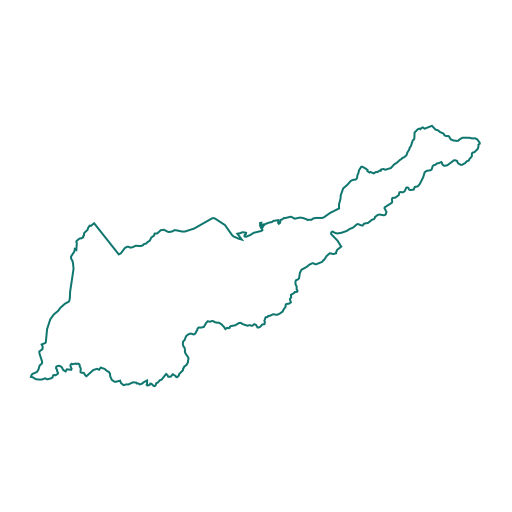 the district of Lugari, Western, Kenya, rotated 189°
{"feature_id": "3690345B14512896386362", "entity_name": "Lugari", "entity_type": "district", "adm_level": 2, "iso_a3": "KEN", "parent_name": "Kenya", "parent_adm1": "Western", "projection": "mercator", "projection_center": [34.875, 0.621], "detail": "fine", "context": "isolated", "style": "outline", "palette": "teal", "viewbox_px": 512, "rotation_deg": 189, "n_neighbors": 0, "source": "geoboundaries", "source_scale": "gbopen_adm2", "svg_char_len": 6100}
<svg xmlns="http://www.w3.org/2000/svg" viewBox="0 0 512 512"><g transform="rotate(189 256 256)"><path d="M459.4,101.4L457.5,101.3L454.3,99.9L450.0,100.1L447.9,100.6L445.1,102.2L443.0,101.5L439.7,102.9L438.0,104.1L437.7,106.3L436.8,106.9L435.6,106.7L433.5,108.4L433.2,109.5L434.5,111.3L434.7,112.5L435.9,113.8L436.0,115.3L434.8,116.3L433.3,116.8L431.7,116.4L430.4,115.7L428.5,113.2L426.0,112.2L425.1,114.5L420.7,114.7L420.5,115.8L422.0,118.1L422.2,119.3L421.8,120.0L421.2,120.7L420.3,120.4L417.1,121.6L416.2,121.3L414.9,121.9L413.7,121.5L413.0,120.6L413.0,119.6L411.5,117.6L411.2,113.9L410.4,113.4L407.8,113.6L406.0,111.5L404.7,110.7L398.9,117.9L395.4,119.7L393.2,119.1L391.9,121.5L387.9,120.8L385.0,119.0L383.2,118.5L381.8,116.9L381.1,114.2L379.1,111.2L378.3,110.7L376.0,109.7L374.9,109.8L370.7,111.6L369.5,109.4L366.6,107.7L364.0,108.9L361.9,109.2L357.7,112.0L354.7,112.2L353.7,111.4L352.7,111.8L350.6,111.0L348.6,112.1L346.9,114.0L344.1,116.0L343.6,112.9L343.9,111.7L343.1,111.1L341.3,111.8L340.7,112.4L340.5,113.4L339.4,113.5L336.7,111.6L335.8,111.6L335.1,112.2L334.6,114.7L333.2,115.6L331.4,118.4L330.0,119.0L326.3,125.4L325.1,124.7L323.7,123.0L321.3,123.5L319.7,126.2L316.5,124.8L315.9,124.0L315.0,123.9L313.5,125.8L313.4,127.4L310.3,131.7L310.4,133.6L309.6,134.5L309.6,135.6L307.7,137.3L306.5,140.6L306.8,141.7L306.6,143.9L307.0,145.1L310.3,148.6L311.3,150.3L311.2,151.2L312.2,154.3L313.5,155.3L314.5,157.5L314.6,160.1L313.3,162.0L312.6,165.6L311.4,167.3L309.4,168.8L307.6,169.2L305.4,168.7L304.4,169.3L303.7,170.2L303.1,172.4L302.5,173.3L302.4,175.2L301.4,176.4L299.0,176.7L296.4,177.8L294.9,181.8L293.5,184.0L291.2,183.9L289.2,184.9L287.7,184.9L286.6,184.2L283.8,184.0L282.4,184.4L279.3,183.1L276.5,180.9L274.8,179.0L273.2,180.6L271.7,180.4L270.8,180.9L270.7,182.1L269.9,182.8L265.7,184.3L262.4,187.1L260.6,187.6L258.9,186.7L253.6,185.8L251.5,186.7L249.3,186.4L248.4,186.8L247.1,188.4L245.3,188.0L243.3,185.6L242.0,185.9L240.8,186.7L239.1,189.3L237.0,190.0L236.9,192.2L237.6,193.4L236.9,197.0L235.3,197.4L234.5,198.8L232.9,199.1L230.1,201.1L226.0,201.2L223.8,202.6L220.9,205.4L220.7,206.7L218.8,210.7L219.1,212.1L218.6,213.3L215.9,214.1L214.3,215.7L215.8,218.7L214.8,220.7L215.4,223.1L212.5,225.5L212.0,226.5L209.9,227.0L209.5,228.0L210.7,229.6L211.0,232.0L212.5,234.2L213.0,236.6L212.8,238.2L210.7,239.6L210.0,240.7L210.0,246.2L208.9,249.6L204.3,253.1L201.9,255.8L199.3,257.6L198.3,257.8L196.1,257.1L195.2,257.3L190.3,260.2L189.4,261.0L189.1,262.1L188.1,262.8L186.2,267.1L183.5,270.3L179.9,270.0L177.3,271.2L177.5,272.2L176.7,274.9L173.3,278.6L178.0,284.0L185.2,289.4L185.4,290.5L185.1,291.5L184.1,292.1L181.3,291.1L179.2,291.0L175.2,292.3L170.2,295.0L167.9,297.2L164.6,299.2L161.3,303.1L160.3,303.5L156.7,302.7L155.4,302.8L154.4,304.8L150.4,306.3L147.3,309.8L145.3,310.9L144.7,311.8L144.6,313.1L142.3,315.5L140.5,316.3L136.2,316.2L135.2,316.6L134.4,317.4L134.0,319.9L136.6,323.3L136.5,324.2L130.2,329.8L129.9,330.7L130.6,333.2L130.5,334.3L129.9,334.9L127.7,335.3L124.6,338.4L124.3,341.3L123.3,341.8L121.1,341.8L120.1,342.5L119.3,343.3L118.3,346.9L117.5,347.4L116.5,347.3L114.9,345.4L113.8,345.3L110.6,346.3L110.0,349.0L107.1,350.1L105.6,352.5L103.2,359.9L102.5,365.0L101.0,366.7L97.0,368.0L96.1,368.9L95.5,372.5L94.8,373.4L92.9,374.3L91.8,375.7L89.8,376.4L87.7,377.8L86.9,377.1L86.2,375.5L84.9,374.8L84.1,374.5L81.3,375.5L75.4,381.5L74.5,381.7L72.4,381.4L71.1,379.4L70.1,378.8L68.0,378.1L66.9,378.2L63.8,380.6L62.9,382.3L60.8,383.6L60.2,385.5L58.8,387.4L58.4,388.5L58.8,390.9L58.4,391.9L56.5,392.7L53.8,396.4L53.4,398.7L53.7,400.8L52.6,401.9L52.8,402.9L56.0,406.0L58.1,406.5L61.1,405.9L63.4,406.2L70.6,405.1L73.3,402.9L74.1,401.6L75.4,401.1L79.2,401.0L82.0,401.7L83.8,404.0L84.8,404.6L86.9,404.2L88.8,404.7L89.4,405.7L90.3,406.4L93.7,407.2L95.6,408.5L98.4,408.9L102.6,412.1L109.4,408.1L111.4,409.1L112.9,408.0L113.5,406.9L114.8,407.3L116.1,406.4L118.7,402.7L118.0,397.0L118.3,395.7L119.2,394.8L120.2,388.9L121.3,386.5L121.2,385.4L122.8,381.6L123.1,379.1L125.3,376.5L126.8,375.8L127.4,374.6L128.6,373.7L131.6,370.0L133.8,368.2L136.5,364.0L141.8,361.4L143.5,361.9L146.0,361.0L146.2,359.6L147.4,359.6L149.1,357.9L151.0,357.6L152.5,356.0L156.2,356.9L157.1,356.2L159.3,357.4L159.3,358.4L161.6,359.6L165.1,360.8L166.0,360.6L167.7,356.7L167.8,354.0L168.5,351.7L168.4,349.1L168.9,347.8L169.7,347.0L172.3,346.3L174.2,344.9L176.7,340.9L180.5,336.3L181.8,329.2L181.5,325.8L182.1,319.8L181.4,316.0L189.6,310.1L194.9,304.9L196.4,304.0L202.6,303.0L205.3,302.1L206.9,300.4L208.9,300.2L210.7,299.6L211.9,300.2L215.6,300.9L218.7,300.8L223.6,298.9L227.3,300.2L228.2,300.1L233.1,298.0L234.4,297.8L235.8,296.3L237.3,295.5L237.5,292.4L238.5,291.4L239.3,292.2L239.6,294.9L244.2,293.4L245.8,291.9L248.0,291.2L252.2,288.8L252.7,287.9L253.5,288.3L254.0,287.5L253.6,286.6L253.9,285.6L254.8,285.7L255.6,287.6L255.9,289.7L257.1,289.3L256.8,286.9L255.5,284.6L254.1,283.5L253.7,282.5L254.8,281.5L262.0,278.5L264.7,276.0L268.9,273.4L270.4,273.6L270.6,274.7L269.4,276.2L269.4,277.3L270.5,277.5L273.3,277.3L275.1,276.1L277.9,275.1L272.6,270.0L275.9,270.4L281.5,271.9L282.9,272.9L291.5,281.7L301.9,286.4L303.3,286.8L304.9,286.6L321.3,273.5L329.9,269.1L332.4,268.6L339.0,268.9L340.6,268.7L342.7,267.1L345.5,266.1L346.7,266.1L351.1,267.5L354.2,266.5L357.0,262.9L359.6,262.3L360.0,260.1L362.3,257.8L363.3,254.5L365.6,252.5L366.2,251.3L368.7,250.1L369.3,248.9L371.3,247.8L376.4,247.3L379.2,245.4L381.4,244.6L383.7,245.2L384.9,244.9L386.8,243.3L389.9,237.5L391.8,236.1L421.0,263.0L423.8,259.9L425.0,260.0L426.0,258.1L426.6,255.3L429.1,252.1L429.4,250.9L429.1,249.5L429.8,248.5L429.6,247.4L431.4,246.0L432.3,246.0L433.4,245.3L435.5,242.8L435.7,242.0L435.0,240.6L434.4,233.9L436.1,234.6L436.1,232.1L438.6,226.5L438.2,224.5L436.6,222.6L435.6,220.2L434.2,214.8L434.0,191.6L433.3,185.4L433.4,182.4L433.8,181.6L437.3,178.9L441.0,174.4L442.9,170.8L446.6,166.6L449.3,161.2L450.9,151.1L450.1,137.9L450.5,137.1L453.9,135.1L452.4,132.9L452.4,130.5L455.1,127.8L454.6,125.8L451.0,118.7L450.5,117.4L450.7,116.3L452.6,113.9L453.1,109.9L454.2,107.2L458.4,104.5L459.1,103.2L459.4,101.4Z" fill="none" stroke="#0f766e" stroke-width="2"/></g></svg>